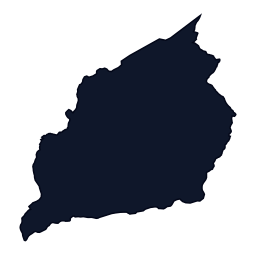 the district of Banita, Hunedoara, Romania
{"feature_id": "2599482B47151005548823", "entity_name": "Banita", "entity_type": "district", "adm_level": 2, "iso_a3": "ROU", "parent_name": "Romania", "parent_adm1": "Hunedoara", "projection": "mercator", "projection_center": [23.267, 45.473], "detail": "fine", "context": "isolated", "style": "filled", "palette": "ink", "viewbox_px": 256, "rotation_deg": 0, "n_neighbors": 0, "source": "geoboundaries", "source_scale": "gbopen_adm2", "svg_char_len": 5751}
<svg xmlns="http://www.w3.org/2000/svg" viewBox="0 0 256 256"><path d="M130.9,213.8L135.5,213.3L136.8,211.9L143.2,210.8L145.4,209.1L150.5,207.4L155.2,206.8L157.3,207.1L158.7,208.5L160.0,208.5L163.6,208.8L165.0,208.1L167.0,206.6L170.6,206.0L171.8,204.7L173.9,201.0L176.7,199.6L179.7,198.9L182.6,201.5L185.7,202.7L190.2,203.0L197.2,200.8L199.9,201.0L203.3,198.3L204.4,194.3L203.6,192.5L202.6,190.9L202.1,189.6L202.0,188.5L202.0,186.8L202.2,185.1L203.2,183.1L205.7,179.6L206.5,177.5L206.5,175.9L206.5,172.4L208.9,171.2L209.1,171.1L210.9,169.6L211.8,169.4L212.2,169.3L212.5,168.9L212.7,168.7L212.8,168.1L213.3,167.2L213.8,166.7L214.0,166.3L214.0,165.4L213.3,163.4L213.3,162.9L214.5,161.4L215.1,160.1L215.6,158.9L215.9,158.6L216.2,158.3L217.1,158.0L217.7,157.4L218.5,157.3L218.9,156.9L219.3,156.9L219.7,156.7L220.1,156.2L220.5,155.7L221.1,155.2L221.4,155.0L221.5,154.7L221.6,153.9L222.0,153.3L222.0,152.7L222.1,152.3L222.4,151.7L222.5,151.1L223.0,150.0L223.3,149.6L223.8,149.2L224.3,149.0L224.7,148.4L225.0,147.5L225.0,145.2L225.2,144.7L226.2,143.9L226.4,143.6L226.9,142.5L227.3,141.9L228.7,140.6L228.8,140.3L229.0,139.7L229.6,138.7L229.8,137.6L230.3,136.3L229.2,136.1L229.1,135.5L228.8,135.0L228.8,134.6L229.0,134.1L229.6,133.8L230.2,133.1L230.6,132.4L231.0,132.1L231.2,131.2L231.2,130.9L230.7,130.0L230.7,129.4L229.9,127.9L230.5,126.0L230.7,125.4L231.3,124.4L231.9,123.4L232.2,122.8L231.9,121.2L231.8,120.1L231.5,118.9L231.7,117.8L232.0,116.1L233.3,116.1L234.5,116.3L235.5,115.2L235.8,114.3L234.6,112.9L234.0,112.8L233.5,112.4L233.2,111.2L232.4,110.3L231.2,109.7L231.1,109.4L230.9,109.0L230.7,108.6L230.1,107.5L229.6,107.1L228.7,106.3L228.5,106.1L228.3,105.9L227.9,105.4L227.3,104.8L226.5,103.6L225.8,102.6L224.9,100.6L224.7,100.0L224.4,99.3L224.3,98.6L224.1,98.3L223.8,98.0L223.0,96.7L222.6,96.5L222.1,96.4L221.6,96.2L220.9,95.7L219.0,94.2L218.2,93.7L217.9,93.1L217.4,92.6L216.9,92.0L216.2,91.5L215.9,91.2L215.5,90.4L215.4,90.1L215.2,89.8L214.4,89.1L213.8,88.2L212.9,87.0L212.1,85.7L211.8,85.4L210.7,84.8L210.2,84.6L208.9,84.2L208.4,83.9L207.8,83.5L207.2,83.0L206.9,82.7L206.4,81.6L206.5,80.5L207.0,79.0L207.4,78.5L207.8,78.0L208.2,77.8L208.6,77.5L208.8,77.2L209.0,76.2L209.5,75.6L210.1,74.9L211.4,73.7L211.9,73.3L213.0,72.6L213.2,72.3L213.7,71.8L214.4,70.8L214.8,70.0L215.3,69.1L215.7,68.2L216.2,66.9L216.6,66.8L216.7,66.4L216.8,66.1L217.0,66.0L217.1,65.2L217.4,64.5L217.6,63.9L218.0,62.5L218.6,62.3L219.0,62.1L219.1,61.6L219.3,61.3L219.7,61.0L219.8,60.3L219.8,59.6L219.6,59.2L219.2,59.2L217.5,59.5L215.8,59.7L215.4,59.2L214.6,58.1L214.2,57.6L213.8,57.0L213.5,56.1L211.5,55.2L210.9,55.2L209.5,54.7L207.4,54.4L206.6,53.5L206.1,52.4L205.7,51.6L203.7,51.1L202.4,50.7L202.0,50.1L200.7,49.5L200.0,49.0L199.4,48.2L198.5,45.9L197.3,44.9L194.6,43.0L192.7,42.6L194.1,41.5L196.4,39.2L196.0,38.2L197.8,33.2L197.3,32.8L193.5,31.7L194.5,29.7L194.8,27.4L194.9,25.6L195.9,23.3L196.5,22.1L197.8,20.6L198.5,19.6L199.7,17.3L200.4,15.4L170.5,38.0L165.7,40.3L159.4,39.0L129.8,55.5L121.3,61.2L121.6,64.9L118.4,67.6L113.9,69.8L111.4,71.5L108.6,71.2L106.8,69.1L104.7,68.2L102.2,69.0L100.0,68.7L98.9,69.4L97.0,70.6L96.6,71.8L96.7,73.7L93.0,76.0L88.5,77.4L87.9,76.6L86.6,76.1L84.5,76.9L83.0,79.5L82.6,82.0L81.2,84.1L79.6,84.8L77.6,89.5L77.8,91.5L77.4,93.0L76.9,94.3L77.1,95.1L77.3,96.5L77.8,97.6L78.2,98.1L78.3,99.1L78.4,100.5L77.8,102.6L77.0,104.8L76.8,106.4L76.8,107.0L76.5,108.2L76.1,108.8L75.2,110.1L74.7,110.7L74.4,110.8L74.2,111.2L73.8,111.6L73.6,111.9L73.5,112.4L72.9,112.8L70.8,110.6L68.8,109.6L67.7,110.6L66.7,111.6L65.8,112.7L65.9,113.1L65.8,113.6L65.8,114.0L66.5,115.5L67.3,116.8L68.3,117.9L69.1,118.3L69.9,119.3L69.7,120.9L68.7,122.7L68.4,123.8L68.1,127.2L67.6,127.7L67.9,128.2L66.5,129.4L65.8,129.5L65.2,129.6L64.6,130.0L64.1,130.4L63.0,131.0L62.8,131.3L62.1,131.9L61.9,132.1L61.6,132.2L61.1,132.2L60.8,132.5L60.5,132.6L60.2,132.2L59.7,132.2L59.2,132.4L57.5,134.6L56.9,135.0L55.5,134.8L55.1,134.7L54.2,134.4L53.7,134.5L52.7,134.0L51.4,133.9L50.6,133.5L48.7,133.6L48.4,133.9L46.9,134.5L46.2,135.3L45.8,135.5L45.2,135.7L44.1,135.5L41.8,137.2L43.4,138.5L42.6,139.0L41.7,139.0L40.8,139.6L41.6,140.5L41.0,142.3L39.7,144.3L40.2,144.7L39.6,147.2L39.8,148.7L40.0,149.8L38.2,151.0L37.1,152.2L36.3,154.6L36.7,157.4L35.3,160.0L34.6,162.5L33.3,164.7L32.9,166.5L33.1,167.8L33.3,168.8L33.4,170.7L34.1,174.1L34.5,175.1L34.6,177.4L35.3,180.3L37.1,182.9L38.1,184.4L39.3,186.2L39.7,188.3L41.5,193.9L41.2,197.2L39.2,199.8L36.6,201.4L32.8,202.9L31.6,204.2L28.9,206.5L30.7,209.4L29.6,209.7L29.0,210.0L28.1,210.7L26.4,212.7L25.4,213.6L25.0,214.3L24.7,215.0L23.5,216.6L22.8,217.1L22.3,217.6L22.0,218.1L21.9,218.6L22.1,220.1L22.1,221.3L22.0,222.1L21.9,222.7L21.3,224.0L20.7,224.9L20.4,226.1L20.2,227.2L20.3,228.3L20.5,229.1L20.7,229.7L21.0,230.5L21.5,231.5L22.2,232.7L22.5,233.4L22.6,234.1L22.7,235.1L22.9,236.1L24.3,240.2L24.6,240.4L25.5,240.6L26.0,240.2L26.4,239.7L27.0,238.8L27.4,237.8L28.5,236.0L30.0,234.7L32.0,233.5L32.5,233.1L33.2,232.6L34.3,231.8L34.8,231.6L35.8,231.4L36.2,231.6L37.1,232.0L37.6,232.2L39.5,232.3L40.7,231.8L42.7,230.8L45.7,229.3L46.6,227.9L47.6,226.2L48.3,226.0L48.8,225.7L49.2,225.4L49.5,224.9L50.0,224.2L50.6,223.5L51.1,223.1L51.9,222.7L52.6,222.5L53.1,222.5L55.1,223.0L57.1,223.2L58.0,223.2L58.3,223.0L59.1,222.2L59.7,221.7L60.1,221.4L61.1,221.0L61.8,220.8L62.9,220.8L64.0,220.8L64.7,220.9L65.2,221.1L65.7,221.2L67.0,221.1L68.0,221.1L68.7,221.0L69.3,221.0L69.6,220.9L70.1,220.4L70.3,219.9L70.2,218.9L70.6,217.9L72.9,216.1L74.3,216.2L75.1,216.9L78.2,216.6L80.5,216.9L83.4,216.6L87.9,217.4L91.8,217.3L96.3,218.3L98.0,218.1L99.3,217.4L111.7,213.5L115.8,212.8L120.6,212.2L124.3,212.1L124.7,212.1L126.1,212.1L126.8,212.2L127.3,212.5L127.7,212.7L128.2,213.2L128.8,213.3L129.7,214.0L130.2,214.0L130.9,213.8Z" fill="#0f172a" stroke="#020617" stroke-width="1.5"/></svg>